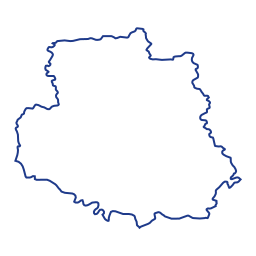 Vinnytsya, Natural Earth projection
{"feature_id": "UKR-323", "entity_name": "Vinnytsya", "entity_type": "Region", "adm_level": 1, "iso_a3": "UKR", "parent_name": "Ukraine", "parent_adm1": "", "projection": "natural_earth1", "projection_center": [28.815, 48.941], "detail": "fine", "context": "isolated", "style": "outline", "palette": "blue", "viewbox_px": 256, "rotation_deg": 0, "n_neighbors": 0, "source": "natural_earth", "source_scale": "10m", "svg_char_len": 5735}
<svg xmlns="http://www.w3.org/2000/svg" viewBox="0 0 256 256"><path d="M36.6,179.8L34.9,179.1L34.8,176.3L33.0,176.1L30.8,177.3L29.8,177.5L26.4,177.5L25.6,176.5L23.8,169.6L22.7,166.4L21.0,163.7L18.6,161.8L15.4,160.8L17.3,155.1L17.8,152.5L18.0,150.0L17.6,147.9L17.6,146.9L17.8,146.5L18.2,146.3L19.6,146.3L20.0,145.9L20.1,145.5L19.2,144.0L18.6,142.6L18.2,141.1L17.9,134.6L16.9,131.4L15.9,129.6L15.7,128.4L16.1,127.7L17.3,127.1L17.8,126.6L17.9,126.1L17.7,125.4L16.7,123.9L16.4,122.9L16.5,122.4L17.0,121.5L17.7,119.7L20.7,117.4L21.8,114.7L23.5,114.0L24.0,113.5L24.1,112.2L24.5,111.1L25.6,109.1L26.5,108.2L28.5,108.1L32.6,108.6L33.2,108.1L34.9,105.4L35.5,104.8L36.1,104.6L38.1,105.0L39.3,105.5L41.5,106.7L44.3,107.4L46.8,108.8L47.6,109.1L49.1,109.2L49.9,108.8L51.5,107.0L52.2,106.5L54.2,105.8L57.4,105.5L58.3,105.1L58.6,104.7L58.8,104.3L58.1,102.2L58.1,100.8L58.0,99.7L57.5,98.7L56.3,97.3L56.0,95.9L56.1,95.1L56.8,93.9L57.6,93.2L57.8,92.7L57.8,92.2L57.3,91.3L56.0,89.9L55.8,89.3L55.9,87.3L55.7,86.5L55.1,86.1L53.7,85.8L53.0,85.4L52.8,84.7L52.7,83.5L51.9,82.1L51.8,81.4L51.8,81.0L52.2,80.6L55.1,79.6L55.3,78.9L54.8,77.5L54.2,76.5L53.7,76.0L48.6,76.0L47.5,75.8L46.8,75.3L46.5,74.9L46.4,74.2L46.5,73.8L47.0,73.1L48.4,72.1L48.5,71.8L48.0,71.3L45.7,69.8L45.3,68.6L45.4,67.1L45.9,65.8L47.2,65.6L48.4,66.1L48.9,66.0L49.5,65.7L50.3,64.8L50.4,64.2L50.4,63.7L49.0,62.4L48.8,61.9L48.9,61.6L49.8,60.4L52.4,56.1L52.9,54.8L52.6,53.7L51.7,52.6L50.3,51.7L48.3,50.9L47.6,50.3L47.5,49.7L47.5,49.3L48.5,47.5L49.1,47.0L51.5,47.3L52.8,47.0L54.2,45.9L54.7,45.2L54.7,44.8L54.5,44.4L52.6,43.3L52.8,43.1L54.7,43.0L55.8,42.7L57.3,41.1L64.6,40.4L70.3,41.1L73.0,40.9L80.0,39.2L88.0,39.0L90.3,38.2L91.8,38.3L95.8,39.8L97.4,39.9L99.1,39.7L100.5,39.3L101.1,38.7L102.7,36.5L102.9,36.2L103.8,36.1L111.1,36.1L111.9,36.3L114.0,37.3L115.4,38.3L117.2,38.0L120.2,36.8L126.9,37.6L127.7,37.5L128.4,37.0L129.3,35.2L130.5,33.2L131.9,32.4L134.6,31.4L135.5,30.6L136.3,28.7L136.7,28.4L137.3,28.3L142.5,28.9L143.4,29.3L143.5,29.7L143.3,30.5L143.4,30.9L143.9,31.5L145.3,32.6L145.9,33.6L145.6,34.6L145.9,36.0L146.0,37.7L146.1,38.2L147.5,40.6L148.2,41.5L151.0,43.4L151.3,43.9L151.2,44.2L147.3,48.4L146.5,49.7L146.6,50.2L148.6,51.5L148.9,52.0L149.4,53.5L150.5,55.0L150.7,55.6L150.5,55.9L149.2,57.3L149.1,57.6L149.5,58.2L150.3,58.8L152.8,59.4L155.9,59.2L161.9,59.9L170.7,59.4L172.8,59.7L173.1,59.5L173.6,57.2L174.2,56.8L175.2,56.5L178.8,56.2L180.2,56.2L180.9,56.0L181.7,55.6L184.9,53.0L185.8,52.6L187.9,52.7L191.9,53.2L193.1,53.8L193.5,54.6L193.4,55.3L192.0,58.0L191.8,59.7L192.0,60.9L192.5,61.9L193.6,63.1L197.4,64.8L197.7,65.2L197.9,66.4L197.8,67.7L197.2,68.4L196.0,68.9L195.7,69.2L195.6,69.9L197.8,73.8L198.1,74.6L198.1,75.9L198.0,76.9L197.7,77.6L193.3,80.1L192.8,80.6L192.4,81.5L192.3,82.8L194.0,85.6L194.2,86.2L194.2,87.0L194.5,87.5L195.0,87.9L197.0,88.7L199.4,89.0L200.1,89.4L201.6,91.9L203.1,93.8L203.9,95.3L204.2,95.6L204.7,95.8L207.1,95.7L208.0,96.0L208.8,97.5L206.9,99.3L206.9,100.1L208.9,101.1L209.9,102.2L210.0,102.7L209.9,103.1L209.1,104.4L209.1,104.9L209.7,107.1L209.6,107.6L209.4,108.0L207.4,108.9L206.9,109.4L206.9,110.0L207.0,111.7L206.9,112.2L206.6,112.5L205.1,113.1L201.5,115.0L200.6,116.1L200.3,116.8L200.2,117.4L200.3,118.7L201.0,119.6L201.8,120.0L205.3,120.3L206.1,120.6L206.7,121.4L207.0,122.9L206.8,123.3L205.6,123.8L205.2,124.2L204.6,125.7L203.7,126.8L203.8,127.2L205.6,128.2L206.8,129.1L208.5,129.2L209.4,129.5L210.5,130.6L211.0,131.9L211.0,132.5L210.8,132.8L209.5,133.8L209.2,134.2L209.4,135.6L209.9,136.5L210.5,137.0L212.9,137.6L213.3,138.5L214.8,145.1L215.2,146.0L218.6,146.5L220.8,146.3L221.3,146.5L221.9,146.8L223.1,148.0L224.5,148.8L224.8,149.1L224.8,149.5L224.6,149.7L222.9,150.6L222.3,151.5L222.2,152.5L222.4,153.5L223.5,154.6L226.3,156.2L229.9,157.5L230.5,157.7L230.7,158.1L230.8,161.6L231.2,162.9L232.7,165.4L234.3,167.0L235.5,169.1L236.0,170.6L236.1,171.0L235.9,171.9L235.3,172.9L234.8,173.4L233.9,173.6L233.3,175.1L232.8,175.7L230.9,177.4L230.7,178.5L230.8,178.9L231.1,179.1L232.1,179.1L236.1,177.6L237.4,177.4L238.6,177.7L240.6,179.4L238.6,181.6L237.5,182.3L234.7,182.6L234.2,182.9L232.7,185.0L230.9,186.9L230.0,187.6L229.3,187.8L228.8,186.9L228.1,184.8L227.5,183.9L227.4,183.5L227.5,182.6L227.4,182.2L227.0,181.8L225.8,181.6L224.6,181.7L223.1,182.8L219.3,187.2L216.3,189.8L215.8,190.8L215.9,192.7L215.7,194.0L214.5,196.4L212.9,198.3L212.6,199.0L212.8,199.6L213.2,199.8L216.4,200.8L216.6,201.1L216.3,202.1L216.7,203.0L216.6,203.5L215.5,205.3L215.7,206.1L210.9,208.4L209.3,208.6L208.0,208.4L207.0,208.9L206.6,209.3L206.6,209.8L206.7,210.1L208.8,212.6L209.2,213.2L209.3,213.7L209.2,214.4L207.8,217.9L207.4,218.1L205.8,217.8L204.6,218.1L199.9,218.5L193.6,218.1L192.5,217.9L188.6,215.7L187.3,215.7L179.3,218.6L171.6,218.7L165.2,216.5L164.5,216.1L163.8,215.3L162.3,214.5L160.2,212.7L158.8,212.2L158.2,212.2L155.1,213.2L154.6,213.7L154.5,214.1L154.6,214.9L155.2,217.9L155.1,218.6L154.9,218.9L151.9,220.7L149.8,222.9L148.0,223.9L141.0,226.6L139.5,227.7L139.0,226.9L137.6,225.8L137.0,225.1L136.6,221.7L135.3,218.9L134.8,216.7L134.3,215.8L131.9,214.5L128.9,214.0L123.1,214.0L115.4,211.3L112.8,211.1L110.9,211.9L109.4,215.7L108.8,218.0L108.8,219.8L108.5,220.8L107.6,220.8L105.9,219.8L104.9,218.9L102.5,214.7L103.9,213.4L104.0,211.8L103.2,210.4L101.9,209.6L100.0,209.8L98.9,211.1L98.0,212.7L96.7,213.9L95.0,214.2L94.1,213.3L93.9,211.9L94.5,210.4L95.8,209.1L97.0,208.4L97.9,207.4L98.5,205.2L98.3,203.2L97.4,202.4L96.0,202.2L92.2,202.6L89.4,204.3L87.6,205.2L85.7,205.6L84.3,205.2L83.4,204.0L83.1,202.0L82.5,200.2L81.1,200.4L78.5,202.3L77.2,202.6L75.4,202.5L74.2,201.7L75.8,197.5L75.4,195.6L74.0,194.2L72.3,193.5L64.9,192.8L61.5,191.6L59.7,189.2L59.0,188.7L56.4,185.3L55.2,184.2L49.8,180.8L47.0,179.7L36.6,179.8Z" fill="none" stroke="#1e3a8a" stroke-width="2"/></svg>